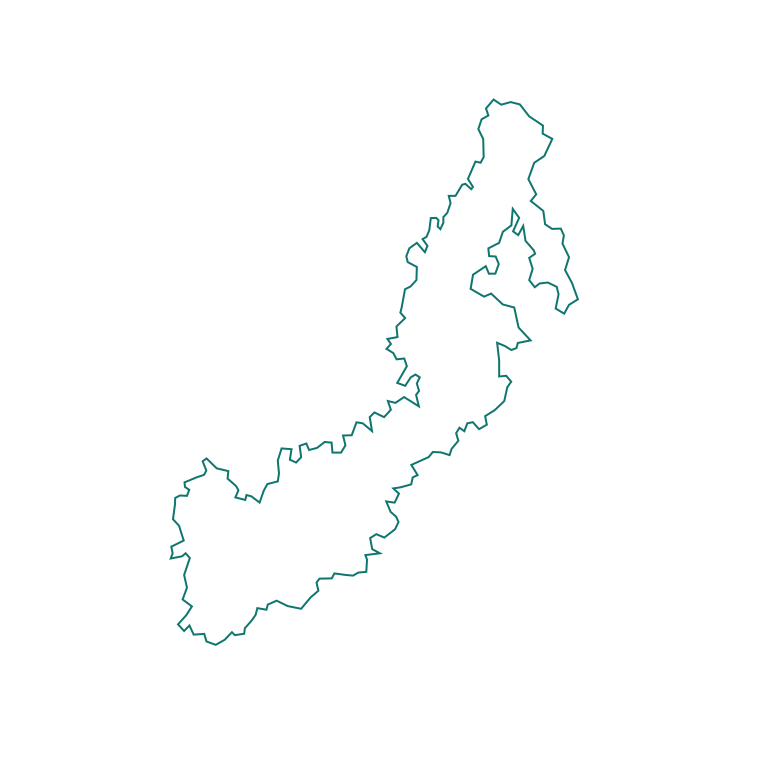 the district of Kamashi, Kashkadarya, Uzbekistan, rotated 297°
{"feature_id": "79887680B4185016404575", "entity_name": "Kamashi", "entity_type": "district", "adm_level": 2, "iso_a3": "UZB", "parent_name": "Uzbekistan", "parent_adm1": "Kashkadarya", "projection": "natural_earth1", "projection_center": [66.838, 38.762], "detail": "fine", "context": "isolated", "style": "outline", "palette": "teal", "viewbox_px": 768, "rotation_deg": 297, "n_neighbors": 0, "source": "geoboundaries", "source_scale": "gbopen_adm2", "svg_char_len": 3309}
<svg xmlns="http://www.w3.org/2000/svg" viewBox="0 0 768 768"><g transform="rotate(297 384 384)"><path d="M225.9,298.6L228.7,287.6L235.7,284.8L232.9,273.2L237.1,259.7L232.8,257.5L226.2,265.0L221.4,264.9L215.5,259.2L205.8,250.9L201.9,253.4L201.3,258.5L194.9,259.2L192.0,252.8L187.7,249.7L181.6,252.5L167.7,257.4L164.6,265.8L153.6,276.6L142.5,268.3L137.3,272.5L131.7,273.2L138.8,282.3L143.1,284.1L140.8,290.0L136.1,290.7L123.1,292.6L113.1,300.9L100.6,302.4L98.6,313.8L88.3,312.8L76.3,309.6L73.2,318.0L80.5,320.3L74.3,328.2L79.7,337.3L74.0,342.7L75.2,352.5L83.8,358.2L93.8,361.2L92.5,365.1L98.0,372.8L103.2,370.9L113.2,373.5L120.0,374.4L126.8,372.9L129.5,381.7L134.7,380.6L142.2,386.7L142.4,399.0L146.1,412.2L160.9,415.6L170.0,419.4L176.5,414.0L181.3,414.9L187.1,425.7L192.7,425.8L196.5,436.6L199.2,443.4L204.3,446.7L208.6,453.5L219.8,448.6L223.1,445.1L231.3,457.2L231.5,448.5L240.4,441.6L246.7,445.3L247.3,454.0L259.6,459.8L267.6,459.6L271.3,455.0L273.1,447.9L280.4,439.3L283.1,447.3L293.1,447.1L295.2,439.7L299.5,445.7L306.9,453.8L313.8,452.0L318.1,455.3L324.3,445.1L339.2,457.0L345.6,458.4L349.0,466.0L350.4,474.7L356.9,473.7L367.2,476.0L372.9,470.6L379.3,471.1L378.4,477.0L386.8,476.1L390.3,480.5L386.9,489.2L394.4,494.1L401.3,488.7L411.1,494.6L423.4,498.9L437.1,495.3L443.8,496.3L446.8,489.2L443.0,483.2L457.1,476.0L472.1,466.1L472.7,474.5L472.1,482.0L476.1,485.7L481.3,484.6L489.4,494.8L495.4,478.3L511.3,465.3L508.8,453.7L513.2,438.4L507.3,433.5L508.1,418.0L521.8,413.7L535.2,421.2L529.9,427.4L532.9,433.1L543.0,431.8L548.3,425.6L545.7,419.6L552.2,415.4L562.0,422.5L573.6,420.8L583.1,425.5L598.5,419.2L593.4,429.0L578.6,429.7L577.6,436.0L588.0,436.3L575.8,445.1L571.1,456.8L568.6,459.5L562.3,456.1L554.1,464.2L542.5,466.2L538.7,474.4L544.2,477.0L548.8,483.9L549.0,493.8L543.2,498.8L529.2,502.7L528.5,512.6L538.5,512.9L547.5,518.3L559.4,505.6L567.7,493.6L581.0,491.3L590.1,479.3L598.1,476.8L602.7,471.0L598.5,463.3L599.5,455.0L610.5,447.4L613.7,431.7L622.1,433.5L632.1,419.6L649.3,417.4L659.9,423.3L678.8,422.7L679.1,411.7L686.4,408.3L688.4,391.8L694.8,378.1L692.7,368.9L686.1,361.6L687.2,352.5L675.8,349.8L670.6,355.1L664.2,350.8L654.0,352.3L647.3,361.2L631.4,369.8L625.0,369.6L623.7,364.5L604.8,365.7L600.0,373.8L597.2,373.3L599.3,365.6L597.0,363.2L584.1,362.3L581.0,356.3L575.4,361.2L565.2,362.7L559.7,361.1L554.6,363.7L547.6,363.9L548.7,360.3L554.7,358.2L555.7,355.1L553.1,350.4L541.7,354.5L534.5,355.1L530.6,352.6L526.8,360.0L520.0,360.6L524.7,349.2L516.4,345.0L507.9,345.9L503.4,349.8L503.2,360.1L491.4,365.7L483.0,363.4L477.9,359.7L461.0,364.8L455.0,366.2L452.4,372.9L440.9,369.0L431.9,374.7L425.7,366.6L422.8,372.0L416.4,370.3L415.8,378.2L411.7,384.0L415.9,390.5L410.2,396.3L391.0,395.3L392.0,403.7L402.0,404.8L406.7,407.7L406.2,412.8L399.4,413.0L393.7,418.4L388.9,417.5L379.9,425.2L381.5,407.8L372.4,402.8L370.6,395.2L364.1,401.8L354.5,399.1L354.3,388.4L348.0,386.3L336.6,394.7L339.3,382.9L337.4,376.9L323.7,378.5L319.5,370.9L311.8,377.5L303.4,376.9L299.5,369.2L308.0,363.9L305.4,357.5L296.6,353.3L291.2,347.2L295.7,341.8L290.6,336.9L281.2,343.4L274.1,341.3L273.8,334.5L283.9,331.2L280.1,322.0L267.6,324.1L256.7,331.0L249.0,333.6L241.9,325.5L234.3,325.3L221.9,327.0L223.7,316.7L222.6,311.9L217.7,313.0L215.5,303.1L223.2,302.5L225.9,298.6Z" fill="none" stroke="#0f766e" stroke-width="2"/></g></svg>